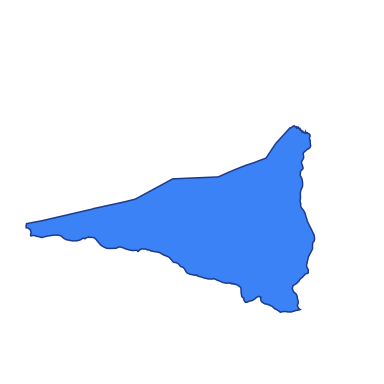 Luangwa, Lusaka, Zambia (Albers equal-area conic projection), rotated 21°
{"feature_id": "96606910B48730551364911", "entity_name": "Luangwa", "entity_type": "district", "adm_level": 2, "iso_a3": "ZMB", "parent_name": "Zambia", "parent_adm1": "Lusaka", "projection": "albers", "projection_center": [30.16, -15.353], "detail": "fine", "context": "isolated", "style": "filled", "palette": "blue", "viewbox_px": 384, "rotation_deg": 21, "n_neighbors": 0, "source": "geoboundaries", "source_scale": "gbopen_adm2", "svg_char_len": 5931}
<svg xmlns="http://www.w3.org/2000/svg" viewBox="0 0 384 384"><g transform="rotate(21 192 192)"><path d="M56.6,289.8L57.1,290.7L57.7,290.6L58.6,289.9L59.8,289.3L61.0,289.1L62.3,289.1L63.6,288.9L65.5,288.5L67.4,288.5L68.0,288.3L68.7,288.0L69.6,287.2L72.7,285.0L78.6,281.7L79.2,281.4L80.4,281.1L82.2,280.3L84.6,279.9L85.9,280.0L88.3,281.0L89.5,281.3L90.7,281.5L92.0,281.5L97.8,280.5L101.3,279.0L101.8,279.1L102.2,278.6L103.8,277.6L105.2,276.4L106.7,274.2L108.9,274.0L110.0,272.2L111.2,271.7L111.4,271.3L111.6,270.9L112.0,271.1L112.7,271.0L113.3,270.9L114.9,270.1L115.4,270.0L117.3,269.9L117.9,270.0L120.3,271.1L120.6,271.5L121.3,271.7L121.1,271.6L121.7,271.9L122.3,272.4L122.8,272.7L125.8,274.2L127.1,274.6L128.9,274.9L130.9,275.1L132.3,275.1L132.9,275.0L134.9,274.4L140.8,272.0L141.3,271.7L142.6,270.4L143.5,269.6L144.5,269.1L146.4,268.8L150.3,268.9L151.3,268.8L152.9,268.7L155.4,268.4L157.3,268.0L158.4,267.6L160.9,266.3L161.4,266.2L162.2,266.5L162.6,266.9L163.1,266.7L163.4,266.3L163.6,265.6L164.1,264.7L164.0,264.3L164.1,264.2L164.9,263.8L165.6,263.1L167.6,262.4L169.2,261.9L169.4,262.0L170.4,261.8L171.1,262.1L171.4,262.0L171.7,261.8L172.0,261.5L174.0,261.5L174.7,261.8L175.3,261.7L175.5,261.5L177.9,261.2L179.7,260.7L181.4,260.5L182.7,260.2L183.4,260.3L184.5,260.2L185.1,260.4L185.1,260.5L185.4,260.6L185.8,260.5L187.5,260.9L189.1,261.0L189.4,260.9L190.4,260.8L191.0,261.1L191.5,260.9L193.1,261.0L193.7,261.1L195.4,261.8L198.1,263.2L199.1,263.9L199.6,264.1L200.8,264.1L201.9,263.8L203.1,263.7L203.9,263.7L204.5,263.8L205.6,264.2L207.1,265.1L208.4,265.6L210.8,265.6L211.4,265.8L212.4,266.4L214.9,268.4L215.9,269.1L216.6,269.3L217.3,269.4L218.6,269.5L219.8,269.5L222.3,269.0L223.2,269.0L223.8,268.7L224.2,268.8L224.4,268.6L224.8,268.6L225.5,268.1L226.3,267.9L226.5,267.9L226.6,268.3L227.9,268.4L232.1,267.9L233.6,268.0L237.9,267.4L239.2,267.1L240.0,266.7L241.4,266.3L241.7,266.1L243.1,265.5L243.1,265.3L243.5,265.0L244.2,265.0L247.0,265.3L249.8,265.2L252.7,265.4L254.1,265.3L254.7,265.2L255.2,265.2L255.4,265.0L255.9,264.9L257.2,264.7L257.5,264.5L257.9,264.2L258.4,264.0L258.9,263.9L259.7,263.6L260.8,263.4L261.1,263.5L261.7,263.5L261.6,263.2L262.5,263.3L262.8,263.2L263.0,262.9L263.1,263.0L263.4,263.1L264.5,262.7L264.7,262.8L265.3,262.6L266.1,262.4L266.5,262.7L267.7,262.5L268.0,262.6L268.5,262.6L269.0,262.9L269.3,262.9L269.5,262.9L269.7,263.2L270.0,263.1L271.1,263.4L271.8,263.9L272.6,265.1L273.7,267.9L275.5,271.1L276.0,271.7L276.6,272.1L276.9,272.3L278.3,272.6L278.5,272.8L279.1,274.0L280.1,275.2L281.5,275.8L282.8,275.2L285.0,273.1L286.2,272.4L286.7,271.9L286.9,271.9L287.6,271.1L288.7,269.8L289.6,268.0L290.3,266.9L291.5,265.8L292.1,265.4L292.5,265.5L292.4,265.3L292.6,265.2L294.1,265.5L294.3,266.9L294.9,268.1L295.8,269.2L297.1,269.8L298.3,269.9L298.5,270.1L298.8,270.1L299.8,270.3L301.2,270.2L302.6,269.7L303.1,269.7L303.4,270.0L304.2,269.7L305.3,270.0L306.6,269.9L308.0,270.1L310.6,271.2L311.4,271.4L311.5,271.3L312.5,271.5L313.5,271.5L314.9,271.8L317.6,272.6L318.4,271.9L321.2,270.4L322.1,270.1L322.9,269.9L323.4,269.8L324.2,269.7L324.4,269.6L324.7,269.6L326.7,268.7L327.0,268.7L327.7,268.4L329.6,266.8L330.1,266.6L331.3,265.5L333.8,264.0L335.1,263.0L334.1,262.7L332.9,262.1L331.9,261.2L331.0,260.1L330.9,257.3L330.3,256.0L328.7,253.8L327.3,251.4L326.3,250.4L325.4,249.8L325.2,249.7L322.5,248.7L320.6,246.7L320.0,245.4L320.0,243.0L321.9,240.6L322.5,239.8L323.0,238.8L323.2,237.6L323.8,236.9L323.9,236.1L323.8,235.7L323.9,235.4L324.8,233.3L325.7,231.9L326.2,230.4L326.7,229.4L326.9,228.3L327.8,227.4L328.8,226.7L329.5,226.1L329.3,225.3L328.3,222.7L327.6,222.3L326.3,221.1L325.3,219.6L325.0,218.8L324.9,217.0L324.5,215.2L324.4,213.6L324.0,212.0L323.9,210.5L324.2,209.1L324.1,208.5L324.5,205.8L324.6,204.6L324.8,203.2L324.9,201.9L324.7,201.2L323.9,199.5L323.1,196.8L323.0,195.6L323.6,194.0L323.5,192.8L322.8,190.9L321.7,188.9L321.2,188.2L310.4,178.2L308.2,175.3L306.9,173.8L305.5,171.8L304.8,171.0L303.2,169.6L302.2,168.9L300.2,167.7L298.6,166.4L298.1,165.7L298.1,164.7L298.0,164.4L296.8,162.7L296.2,161.8L296.0,161.1L295.7,159.5L295.3,158.3L294.2,155.8L293.8,154.6L293.3,153.6L293.1,151.3L293.1,149.1L293.2,147.5L292.6,145.3L291.5,142.9L290.9,141.9L290.2,140.9L290.1,140.5L286.7,137.3L286.6,135.9L286.1,135.0L286.0,133.6L286.3,132.8L286.2,132.7L287.1,131.1L287.2,130.8L287.2,130.0L286.0,128.2L283.9,125.8L283.6,125.2L283.5,124.0L283.6,123.1L283.8,122.1L284.0,120.9L284.0,120.1L283.5,118.9L282.5,117.0L282.0,116.1L282.0,115.7L282.5,114.2L283.3,112.8L283.7,112.0L284.0,111.6L284.4,110.5L285.1,110.1L285.7,109.3L286.1,108.4L286.3,107.7L286.3,107.3L286.2,106.9L286.2,106.5L286.1,106.1L285.9,105.6L285.3,105.1L284.9,103.8L284.7,103.5L283.7,101.3L282.5,100.1L282.3,99.6L282.2,98.6L282.3,98.0L282.1,97.3L281.6,96.4L281.3,96.5L281.1,96.2L280.7,95.8L280.1,95.8L279.8,95.7L279.5,95.9L279.1,95.9L278.8,95.8L278.4,95.4L278.1,95.6L278.1,95.9L278.0,96.0L277.8,96.1L277.0,95.3L276.6,95.3L276.4,95.1L276.6,95.9L276.5,96.6L276.3,96.5L276.0,96.2L275.6,96.2L275.3,96.6L274.9,96.2L274.4,96.3L274.0,95.9L273.8,96.0L273.7,96.4L273.4,96.5L273.5,96.2L273.4,95.9L273.4,95.5L271.7,95.6L271.6,95.3L271.4,95.3L271.4,95.0L271.2,94.8L271.0,94.7L270.7,95.2L270.3,94.7L270.4,94.4L270.2,94.1L269.9,93.9L269.8,94.0L269.6,94.5L268.9,94.0L268.2,93.9L268.0,93.3L267.9,93.3L267.5,93.5L267.6,93.8L267.8,93.9L267.9,94.4L267.7,94.4L267.3,94.2L266.8,94.8L266.4,94.2L266.5,93.9L266.4,93.7L266.0,93.6L265.9,93.8L265.9,94.1L265.7,94.1L265.3,94.0L265.0,94.1L264.9,93.9L264.2,93.9L263.9,93.7L263.7,93.6L263.3,93.8L263.2,93.8L261.1,97.0L260.5,96.9L252.8,116.7L249.0,133.6L248.3,134.4L238.6,143.0L232.9,147.6L224.7,155.1L218.5,161.1L211.1,168.5L183.4,180.5L169.2,186.7L141.6,219.0L132.9,225.1L106.0,242.8L105.0,243.7L62.5,272.4L48.9,280.8L49.2,281.7L49.0,282.3L50.0,284.8L50.7,284.6L51.1,284.6L52.1,284.3L53.7,285.1L54.2,285.0L54.7,285.1L55.4,286.4L56.3,287.2L56.5,287.5L56.3,288.5L56.5,289.2L56.6,289.8Z" fill="#3b82f6" stroke="#1e3a8a" stroke-width="1.5"/></g></svg>